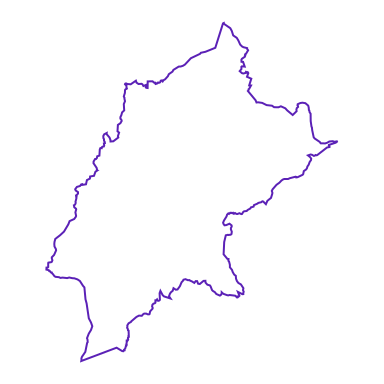 outline of Chiquilistlán, Jalisco, Mexico
{"feature_id": "50627088B99358381769751", "entity_name": "Chiquilistlán", "entity_type": "district", "adm_level": 2, "iso_a3": "MEX", "parent_name": "Mexico", "parent_adm1": "Jalisco", "projection": "robinson", "projection_center": [-103.888, 20.08], "detail": "fine", "context": "isolated", "style": "outline", "palette": "violet", "viewbox_px": 384, "rotation_deg": 0, "n_neighbors": 0, "source": "geoboundaries", "source_scale": "gbopen_adm2", "svg_char_len": 5913}
<svg xmlns="http://www.w3.org/2000/svg" viewBox="0 0 384 384"><path d="M223.8,23.0L223.0,23.4L215.3,47.8L205.4,51.8L200.8,52.8L200.1,53.8L190.9,58.2L184.9,64.6L182.9,65.8L180.7,66.5L178.7,66.6L173.4,69.9L172.5,71.6L168.8,74.2L167.9,76.2L165.1,79.3L163.5,80.2L162.7,81.4L161.9,80.4L161.1,80.9L160.7,80.8L160.3,82.0L159.7,82.6L158.6,82.8L158.1,82.5L157.4,83.4L155.6,84.0L155.3,83.6L155.7,82.9L155.5,82.7L153.8,82.5L152.6,81.3L147.7,81.4L147.6,88.0L146.2,87.8L145.7,87.2L145.8,85.0L143.4,86.0L142.5,84.4L141.6,83.8L138.5,84.0L136.5,82.6L135.9,80.7L130.7,84.3L127.5,84.0L126.0,83.4L125.2,83.7L125.0,84.3L126.5,85.7L126.4,87.1L126.9,88.5L126.7,88.8L125.6,89.2L125.0,90.1L124.9,92.9L123.8,96.5L124.5,97.9L124.4,98.6L125.0,101.2L123.8,104.1L124.2,110.4L122.1,112.4L121.3,115.3L120.4,117.1L120.4,118.7L121.3,119.6L121.7,120.9L120.4,123.2L117.9,124.9L117.5,131.3L119.1,132.6L117.9,136.1L118.3,137.5L113.3,141.3L110.5,141.5L110.4,139.9L109.5,137.5L106.6,134.1L106.7,133.0L104.2,134.3L103.3,136.0L103.4,138.1L104.0,139.2L104.0,140.7L104.7,141.8L104.9,143.1L103.9,143.4L104.2,145.6L103.8,146.5L102.7,146.6L101.9,147.2L101.7,148.2L100.4,148.1L99.8,149.4L99.4,155.6L97.2,156.3L96.9,158.0L96.0,159.0L95.1,159.0L93.6,161.5L93.5,163.2L96.6,167.8L97.0,169.4L96.6,170.5L97.1,170.6L95.4,171.8L94.0,175.8L90.1,176.5L89.9,178.6L86.9,180.1L86.0,184.3L82.3,184.9L82.2,184.2L81.2,184.4L80.0,186.0L76.9,186.9L75.2,189.2L75.7,190.5L78.0,192.1L78.0,193.6L76.7,195.0L76.6,196.2L76.1,196.0L76.4,198.3L75.5,201.8L75.7,202.9L75.3,204.1L74.6,205.0L73.9,205.3L74.3,207.3L76.0,208.7L76.2,209.3L75.4,212.4L76.1,215.9L75.8,216.8L74.2,219.0L69.6,221.1L68.3,224.4L64.0,231.6L60.0,235.3L55.3,238.9L54.5,241.9L54.3,244.0L54.5,246.5L55.9,249.1L56.1,250.4L54.1,254.9L51.8,257.3L51.8,258.4L52.4,260.3L51.8,261.8L51.1,262.2L48.4,262.6L48.2,263.0L48.2,267.1L47.6,267.6L46.5,267.6L46.4,269.6L48.8,270.2L49.2,271.1L50.0,271.2L50.8,272.4L51.8,272.5L52.0,273.2L53.1,274.3L54.2,275.9L55.4,276.8L59.0,277.2L60.4,277.9L62.6,277.6L67.2,278.1L69.2,277.5L72.4,278.2L74.3,278.3L77.5,279.4L79.9,281.0L83.0,285.8L84.4,287.4L85.5,299.3L86.6,303.4L88.8,318.3L91.0,322.5L92.3,326.2L91.0,330.0L88.8,333.6L87.0,338.2L87.5,339.5L87.7,342.1L87.1,343.0L85.3,351.9L81.9,356.9L81.4,358.4L81.5,360.0L81.3,361.0L116.6,347.7L122.2,351.1L123.4,351.2L123.8,350.4L124.4,350.3L124.1,349.7L125.2,348.6L125.7,346.7L126.2,346.0L126.0,345.4L126.6,345.2L126.7,344.3L126.4,343.9L126.9,341.5L126.6,341.1L126.7,340.5L127.5,340.7L127.9,340.2L128.2,339.2L127.9,338.7L128.0,337.6L128.5,337.1L128.5,336.3L128.8,336.4L128.6,330.6L128.0,330.3L127.8,328.9L127.1,327.8L127.4,327.0L127.3,325.4L128.6,323.3L131.0,321.9L131.3,321.3L136.5,316.9L139.0,315.6L141.8,315.8L143.2,314.2L144.2,313.6L146.2,313.6L147.7,314.3L149.2,314.3L149.6,314.0L150.1,311.4L152.6,308.6L152.6,307.5L152.1,306.5L152.4,304.8L153.4,303.7L154.9,303.2L155.4,302.7L155.4,300.3L156.0,300.3L157.0,299.4L157.4,300.6L158.4,300.8L159.3,300.5L159.9,299.8L159.6,293.2L160.4,290.9L162.7,295.2L164.0,296.4L170.5,298.5L169.0,296.2L170.0,293.6L171.0,292.2L172.7,290.8L173.5,288.2L175.8,289.7L177.5,289.5L179.9,286.2L181.6,282.2L182.8,281.0L183.5,279.7L185.5,279.2L187.9,280.2L189.5,280.1L190.0,280.6L191.9,281.4L194.3,282.9L195.7,281.1L197.1,281.1L198.1,283.7L199.8,284.0L203.5,280.9L205.4,280.8L205.5,282.6L207.4,284.7L209.9,285.4L210.6,286.4L212.0,290.0L212.7,290.8L214.9,292.2L216.3,294.0L219.9,295.6L221.1,294.7L221.7,293.3L221.7,292.3L223.3,293.8L226.9,295.1L228.2,295.4L229.6,295.0L235.2,295.7L237.1,297.5L237.5,297.4L237.6,296.5L238.5,296.7L239.4,295.8L237.9,291.9L242.4,294.2L243.3,294.1L243.3,292.8L243.7,291.8L243.0,290.1L243.4,288.2L240.9,284.4L238.4,283.0L236.9,281.0L236.0,278.6L235.8,275.8L234.2,274.6L232.7,272.0L232.0,269.9L229.9,267.3L229.9,264.9L229.1,261.7L228.4,260.8L228.5,259.0L227.4,258.9L223.6,254.3L224.2,242.0L225.8,235.3L227.9,234.8L228.3,235.0L230.7,234.7L231.5,234.0L231.8,231.7L230.9,229.4L230.9,228.0L231.7,226.6L231.6,225.4L229.5,223.7L226.2,225.1L224.5,225.3L223.5,223.9L223.1,222.7L224.0,220.5L226.5,216.5L227.1,214.6L228.3,213.4L229.0,213.9L230.2,212.8L230.6,213.1L231.5,212.8L232.0,213.1L233.0,212.8L233.3,213.6L233.8,213.8L234.0,213.3L235.0,213.0L236.3,213.9L237.4,214.0L239.4,213.2L241.3,214.1L242.1,213.9L243.1,212.1L244.1,211.3L246.7,211.0L247.6,210.0L250.3,208.5L250.9,207.4L253.6,206.6L254.0,205.1L257.5,203.6L258.3,202.9L261.3,202.2L262.3,201.3L263.2,201.5L265.9,204.2L267.4,200.8L271.0,197.9L272.3,193.7L272.4,192.7L271.8,190.9L272.6,189.3L276.5,184.8L279.4,182.7L281.3,180.7L282.7,179.6L284.2,179.0L288.1,179.0L289.8,178.2L295.6,176.7L296.2,176.9L296.3,177.4L297.6,177.2L302.6,174.8L303.2,174.1L303.8,171.1L306.2,169.4L307.0,168.1L307.4,166.5L308.7,164.7L309.6,162.1L311.0,160.1L311.2,158.6L310.1,157.1L308.0,155.4L310.6,154.5L312.0,154.8L313.9,155.9L314.9,155.6L315.5,155.0L316.4,155.3L317.2,155.1L327.0,147.5L329.5,147.0L329.5,146.3L328.8,145.5L328.9,144.9L335.7,142.7L337.6,141.2L334.4,141.8L332.8,141.2L329.3,141.5L327.3,142.7L325.2,143.4L320.7,143.3L319.7,141.9L314.7,138.5L313.7,137.3L312.2,130.2L311.9,127.4L311.5,126.7L310.7,121.1L310.6,113.7L309.6,112.2L309.3,110.5L308.9,110.1L308.7,107.5L308.2,105.6L305.4,103.2L302.5,102.7L300.4,103.0L297.7,104.2L297.5,105.4L298.0,106.0L298.1,106.9L296.8,108.1L296.4,109.6L296.6,111.2L292.7,115.0L287.2,110.4L285.3,108.3L280.9,106.3L278.4,107.3L274.1,107.2L272.0,105.7L266.6,105.1L262.2,102.9L258.1,102.3L256.5,102.5L255.6,100.3L247.9,91.0L248.4,90.5L248.6,89.2L249.2,88.8L251.0,85.5L249.2,85.4L251.3,78.7L247.0,76.8L248.3,73.2L248.0,72.4L247.3,72.1L247.0,72.9L245.9,72.0L245.4,73.0L243.3,73.5L241.9,73.1L239.7,71.1L241.4,69.1L241.4,66.8L242.0,66.3L244.7,66.6L243.1,61.9L241.5,61.8L241.4,59.8L241.9,58.8L244.9,56.7L245.4,55.0L245.0,54.9L245.2,54.2L246.1,53.6L248.1,50.3L247.1,48.8L247.1,48.1L243.4,47.2L242.1,46.5L240.2,44.6L238.4,40.6L236.8,37.9L233.2,35.4L231.8,31.0L230.3,28.2L223.9,23.8L223.8,23.0Z" fill="none" stroke="#5b21b6" stroke-width="2"/></svg>